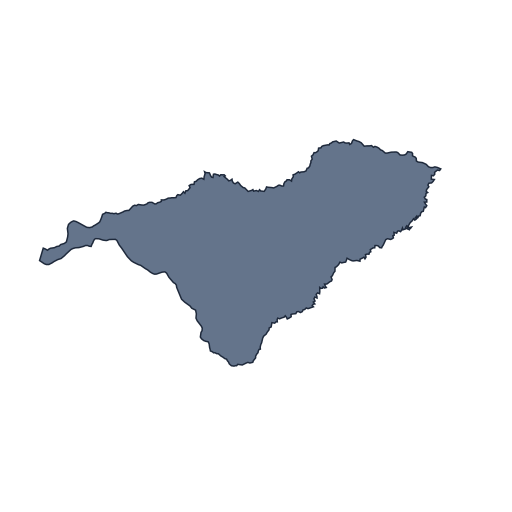 the district of São Félix do Tocantins, Tocantins, Brazil, rotated 159°
{"feature_id": "56859067B86088518377139", "entity_name": "São Félix do Tocantins", "entity_type": "district", "adm_level": 2, "iso_a3": "BRA", "parent_name": "Brazil", "parent_adm1": "Tocantins", "projection": "natural_earth1", "projection_center": [-46.69, -10.044], "detail": "fine", "context": "isolated", "style": "filled", "palette": "slate", "viewbox_px": 512, "rotation_deg": 159, "n_neighbors": 0, "source": "geoboundaries", "source_scale": "gbopen_adm2", "svg_char_len": 6104}
<svg xmlns="http://www.w3.org/2000/svg" viewBox="0 0 512 512"><g transform="rotate(159 256 256)"><path d="M91.2,234.0L89.8,235.0L88.3,234.8L87.0,236.9L85.4,237.9L83.8,237.8L81.3,241.4L80.4,240.4L78.5,241.8L79.1,243.6L79.5,245.9L77.2,245.2L76.3,247.5L77.5,248.4L77.8,250.6L75.9,251.3L74.8,253.6L73.0,253.7L73.9,255.4L73.0,256.8L69.8,258.7L70.1,260.6L68.6,262.0L65.9,261.3L63.9,262.2L62.1,263.5L64.8,264.9L63.3,268.4L61.6,267.3L59.8,268.3L59.3,270.1L55.9,271.2L54.0,270.0L52.3,271.1L55.1,273.8L57.1,275.1L59.3,275.2L61.3,276.0L63.0,277.5L64.2,280.5L65.7,282.1L67.2,283.6L71.0,285.6L72.2,287.2L71.4,289.8L72.0,291.4L73.0,292.3L74.0,293.5L73.1,295.5L73.5,297.0L76.9,299.0L79.2,297.4L81.1,297.1L83.3,297.7L85.3,298.7L86.6,301.8L87.9,302.9L92.6,304.5L96.7,305.1L98.4,305.7L100.2,309.1L101.7,310.5L102.6,312.6L104.0,314.3L105.7,315.7L107.4,315.4L108.6,317.7L110.5,318.1L113.2,319.1L115.6,319.7L117.2,324.0L118.9,326.0L120.6,327.3L123.2,329.7L124.7,328.9L126.5,326.9L128.5,326.5L128.6,328.3L130.9,328.9L132.4,329.7L133.3,331.0L137.8,331.6L139.9,334.6L143.5,335.1L145.2,334.5L146.8,334.5L147.9,333.5L149.3,334.1L153.7,334.9L155.4,334.7L156.6,333.7L158.9,334.3L160.2,332.0L161.8,331.4L163.3,331.1L164.8,331.7L166.5,330.0L168.5,329.3L168.8,326.3L170.7,325.1L171.3,323.5L172.5,322.3L173.4,320.8L175.5,319.4L176.8,319.6L178.8,317.5L181.0,317.4L184.0,318.3L185.4,318.0L186.2,319.4L188.6,318.8L190.5,318.4L192.3,318.5L192.8,316.6L194.9,315.1L196.0,313.2L197.3,315.1L199.7,316.1L200.7,315.2L202.2,315.0L203.9,313.7L205.2,311.5L206.8,312.0L208.4,313.6L209.7,314.0L211.5,313.5L215.1,313.2L216.7,314.2L220.2,315.9L221.4,316.7L222.8,315.1L225.2,313.4L228.3,315.0L228.9,316.6L230.6,315.4L232.2,317.0L235.0,317.4L235.1,319.1L236.5,318.8L240.2,319.1L242.1,323.6L243.5,324.5L245.1,327.4L245.6,329.6L246.5,331.5L249.6,330.9L250.9,332.2L251.3,334.4L250.9,336.3L253.1,335.7L254.6,336.0L255.1,337.6L257.3,341.5L256.0,341.8L256.6,343.2L258.0,343.7L259.8,344.5L261.4,343.7L262.2,345.2L263.3,345.9L265.0,347.3L266.4,347.6L267.2,346.3L268.0,344.7L269.2,345.5L269.6,347.4L269.7,350.3L272.8,351.8L273.8,353.1L274.0,351.2L276.0,348.6L277.2,346.3L278.7,348.1L280.9,348.5L283.4,348.0L284.9,347.2L286.9,347.3L288.2,345.1L290.9,346.1L293.2,345.7L293.1,343.4L296.4,341.5L298.2,342.0L299.9,340.1L300.7,342.0L302.3,341.0L304.8,339.9L307.0,341.3L308.4,340.7L309.8,339.2L311.8,339.8L313.8,340.6L315.1,340.8L317.3,341.5L319.3,341.2L321.8,341.3L324.3,342.3L324.8,340.9L326.6,340.7L328.6,341.0L330.4,340.5L331.8,340.8L333.9,343.4L336.3,344.3L338.0,344.3L339.2,343.7L342.5,343.7L344.3,344.5L347.4,346.3L349.6,345.9L351.1,346.9L353.2,346.7L358.3,344.1L360.0,344.7L362.7,345.1L364.3,344.8L369.1,344.6L370.4,344.9L371.3,346.1L373.5,346.4L374.9,347.4L376.5,347.9L377.8,349.0L379.3,349.7L380.5,350.6L382.0,350.0L384.3,349.9L386.1,347.6L387.8,345.7L389.6,343.9L390.8,343.4L395.0,342.5L397.0,342.3L398.3,341.8L401.1,342.1L403.7,343.4L410.1,351.0L411.7,352.7L413.6,354.1L414.9,354.1L417.0,353.8L419.7,352.7L422.2,349.4L423.5,344.2L425.0,341.3L428.0,337.1L430.5,336.4L434.2,336.7L436.3,335.8L438.6,336.3L441.2,336.0L445.2,336.9L446.9,336.7L448.6,336.1L450.1,338.0L451.8,339.6L459.7,329.3L456.4,324.6L454.8,323.2L452.4,322.3L448.6,322.7L446.7,323.2L442.4,323.7L438.9,323.5L434.7,324.9L432.6,325.9L426.4,328.4L424.3,328.6L421.7,328.4L418.3,327.3L413.6,326.8L411.4,326.9L409.5,326.2L408.2,324.9L406.5,324.0L404.9,325.8L403.6,326.8L402.5,328.1L400.9,329.4L399.6,329.7L396.4,328.3L393.2,325.7L390.3,324.1L389.0,323.9L387.2,324.0L383.4,322.7L381.3,321.9L380.3,320.5L379.7,315.1L378.6,311.5L376.3,301.5L374.1,296.2L372.5,294.0L368.9,290.1L367.0,288.6L363.7,283.7L362.3,282.1L360.4,278.8L358.9,276.9L357.4,275.5L355.4,274.8L349.6,274.6L346.8,273.9L345.6,272.1L344.9,267.3L342.6,260.8L341.3,259.2L340.8,257.4L341.3,255.1L341.0,242.4L339.0,238.3L335.5,233.0L334.7,230.3L331.8,227.1L332.4,223.4L334.3,219.5L334.1,216.5L332.2,210.2L332.0,208.0L333.1,205.6L334.7,204.4L337.0,200.3L336.6,198.3L335.1,195.8L333.4,194.3L331.4,193.1L331.2,190.8L332.1,187.2L332.3,185.2L332.6,183.7L331.0,182.2L330.3,180.8L328.9,180.4L327.7,178.9L326.2,178.3L324.6,175.2L323.2,173.5L321.9,171.4L320.4,170.2L320.3,168.6L319.7,167.0L319.6,164.9L318.3,162.4L316.0,161.1L314.6,161.0L313.4,160.5L311.9,161.4L307.9,159.2L303.3,159.6L301.7,159.6L300.1,158.3L297.1,157.9L296.0,159.2L292.9,161.0L292.2,162.7L290.4,164.2L288.8,165.0L288.0,166.4L286.6,167.7L285.3,167.5L284.7,169.5L283.2,171.7L281.9,172.9L279.2,176.9L277.6,178.4L274.4,179.5L273.1,180.7L270.3,182.4L269.5,184.1L267.3,184.3L265.0,188.1L262.6,186.6L260.9,187.4L259.7,186.9L259.1,189.0L258.0,190.2L256.5,188.9L254.1,189.0L251.7,188.8L250.1,189.7L249.5,187.6L249.4,186.0L247.2,186.2L244.9,186.7L244.3,188.9L242.8,188.8L239.5,187.9L237.9,189.3L236.2,188.9L234.8,187.3L232.7,187.5L231.4,188.8L229.7,188.6L227.7,189.5L226.3,188.2L220.6,188.0L221.3,189.6L219.9,190.5L218.3,190.2L219.0,192.5L217.0,192.8L217.2,195.3L215.8,196.6L214.1,194.9L213.6,196.3L213.6,198.6L211.7,199.5L210.2,198.0L209.3,199.6L207.8,203.8L207.0,202.5L205.5,202.1L204.4,203.1L203.6,201.6L201.7,201.4L202.1,203.1L202.1,205.2L200.9,204.7L199.5,204.5L196.4,205.5L194.5,205.6L193.4,206.7L193.4,209.6L191.8,210.2L189.4,212.6L187.8,213.4L186.3,217.0L184.8,217.1L181.9,218.4L179.9,220.2L178.4,218.8L176.6,218.6L174.5,218.2L173.4,219.3L171.8,221.3L170.0,219.1L168.0,217.1L166.8,216.5L163.4,215.7L160.8,213.9L160.0,215.7L157.6,215.9L155.6,216.2L155.3,214.3L153.7,215.5L153.3,218.1L151.7,218.0L149.9,217.2L148.8,218.7L147.3,218.8L147.0,221.0L143.8,221.6L142.2,221.1L141.2,223.1L139.5,222.5L138.2,221.5L137.5,219.5L135.8,218.6L134.8,219.6L133.2,220.7L129.0,224.8L127.0,225.0L124.4,223.2L122.7,223.3L121.2,223.7L121.0,225.8L119.5,225.9L118.8,228.6L116.5,226.9L115.0,228.4L113.6,228.3L112.3,226.9L110.7,228.0L109.3,229.6L109.4,227.8L106.8,227.7L105.8,229.2L104.4,230.2L103.6,228.8L102.2,230.2L100.8,231.4L99.4,232.2L98.1,232.6L95.6,234.3L94.9,232.6L93.5,232.9L91.2,234.0ZM91.2,234.0L93.5,234.6L91.5,235.7L91.2,234.0ZM102.8,227.6L103.6,228.8L105.4,227.5L103.5,225.7L102.8,227.6ZM102.8,227.6L102.0,226.3L100.5,227.3L102.8,227.6Z" fill="#64748b" stroke="#1e293b" stroke-width="1.5"/></g></svg>